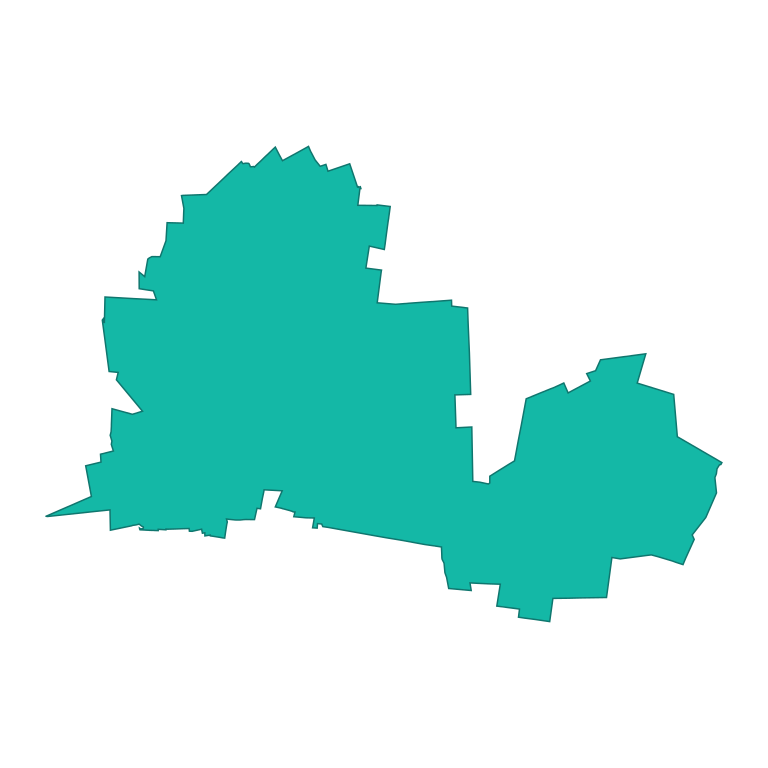 outline of Llera, Tamaulipas, Mexico
{"feature_id": "50627088B23669554606070", "entity_name": "Llera", "entity_type": "district", "adm_level": 2, "iso_a3": "MEX", "parent_name": "Mexico", "parent_adm1": "Tamaulipas", "projection": "mercator", "projection_center": [-98.912, 23.298], "detail": "fine", "context": "isolated", "style": "filled", "palette": "teal", "viewbox_px": 768, "rotation_deg": 0, "n_neighbors": 0, "source": "geoboundaries", "source_scale": "gbopen_adm2", "svg_char_len": 4240}
<svg xmlns="http://www.w3.org/2000/svg" viewBox="0 0 768 768"><path d="M46.1,516.3L47.5,516.5L95.4,511.4L110.0,509.9L110.4,530.2L131.6,525.8L132.4,525.5L132.5,525.4L136.1,524.9L136.3,524.8L137.7,524.5L138.0,524.4L138.5,524.3L138.7,524.2L138.9,524.1L139.8,524.5L140.2,525.0L141.8,526.2L143.3,526.9L143.4,528.0L143.1,528.5L141.2,528.9L140.6,528.9L139.5,528.1L139.6,528.8L140.0,529.8L144.2,530.0L147.5,530.2L148.3,530.2L149.1,530.3L149.4,530.3L152.2,530.4L153.5,530.4L154.7,530.5L158.2,530.6L158.2,529.3L165.9,529.8L165.9,529.1L166.2,529.1L166.9,529.1L167.0,529.2L174.8,529.0L182.4,528.7L189.1,528.5L189.4,531.2L192.2,531.3L201.6,529.2L202.4,533.2L204.8,532.8L204.9,535.9L210.3,535.1L210.3,535.9L212.6,536.2L218.9,537.2L222.8,537.9L224.7,538.1L225.6,531.8L226.7,524.8L226.9,523.7L227.3,522.0L226.5,519.0L229.6,519.4L234.8,519.9L236.2,520.0L240.0,520.0L243.8,519.6L245.8,519.5L254.5,519.6L257.0,508.3L260.5,508.8L262.4,498.4L263.7,492.2L264.1,489.8L282.2,490.8L278.1,500.3L277.5,501.8L277.2,502.4L275.3,506.9L280.8,508.1L281.3,508.3L281.8,508.3L282.3,508.6L284.4,509.1L289.1,510.4L289.6,510.5L290.1,510.7L292.1,511.3L293.2,511.9L295.0,512.0L293.8,516.7L305.9,517.8L314.3,518.0L312.6,527.8L317.2,528.1L317.5,523.6L321.7,524.0L322.8,526.6L328.2,527.4L339.9,529.5L375.1,535.8L385.9,537.7L399.4,539.9L424.7,544.5L426.8,544.8L433.7,545.8L434.8,545.9L436.1,546.2L436.4,546.2L441.0,546.9L441.5,547.0L441.5,548.1L441.7,552.1L441.9,558.0L442.1,559.2L442.4,559.9L443.6,562.2L443.9,562.9L444.1,563.6L444.9,572.4L445.1,573.2L446.6,577.4L448.7,588.5L471.2,590.5L470.0,582.9L477.4,583.3L488.2,583.8L490.5,583.9L500.3,584.2L496.8,606.1L518.3,608.9L519.5,609.1L518.5,617.2L521.9,617.7L524.6,618.1L535.5,619.5L549.7,621.6L552.9,598.4L568.3,598.2L580.7,597.9L606.5,597.5L611.9,557.5L620.2,558.9L646.3,555.5L651.3,554.9L658.0,556.7L672.4,561.0L675.9,562.3L683.0,564.6L685.5,558.6L694.2,539.4L692.2,534.9L705.8,517.5L716.5,492.9L714.9,477.6L716.4,473.7L717.0,468.8L719.4,464.9L720.9,464.5L721.9,462.6L677.3,436.7L677.3,436.3L676.3,424.6L673.7,394.4L637.2,383.1L645.8,353.8L600.5,359.8L595.6,370.7L586.7,373.6L590.4,381.0L568.1,392.9L563.8,383.0L558.9,385.3L553.1,387.9L550.9,388.7L540.3,393.0L526.2,398.8L525.5,402.6L521.4,424.6L518.3,440.5L515.9,453.5L514.5,460.9L508.5,464.5L503.4,467.7L499.0,470.4L495.2,472.8L489.8,476.2L489.8,483.0L488.4,484.0L481.8,482.6L480.0,482.2L472.8,481.4L471.8,427.0L456.0,427.8L455.8,421.9L454.9,394.9L470.7,394.4L470.1,375.2L469.4,353.0L468.1,322.7L467.6,308.0L465.0,307.7L464.6,307.6L461.3,307.2L460.4,307.1L458.5,306.9L451.7,306.1L451.5,300.2L439.1,301.1L432.6,301.6L432.0,301.6L420.5,302.4L412.3,303.0L408.3,303.3L406.5,303.5L404.4,303.6L402.1,303.8L395.6,304.3L377.2,302.8L381.2,271.7L381.5,270.1L365.9,268.1L366.3,265.3L369.3,246.1L376.0,247.6L384.3,249.5L385.1,244.2L386.4,234.1L388.2,220.9L388.6,218.7L388.8,216.9L389.5,211.9L390.2,206.5L377.1,204.9L377.0,205.5L357.8,205.3L359.9,188.8L360.9,188.6L360.3,186.7L358.5,187.3L358.3,186.7L357.5,187.0L357.1,185.8L352.2,171.2L349.7,163.8L328.0,171.2L325.9,164.4L320.2,166.3L315.1,159.9L311.2,152.4L310.8,151.8L308.5,146.4L307.1,147.2L297.9,152.3L282.5,160.7L279.2,154.7L275.3,147.1L272.6,149.6L271.8,150.4L267.2,154.8L266.3,155.6L263.9,157.9L262.2,159.6L259.9,161.8L257.1,164.4L254.5,167.0L254.3,167.1L253.9,166.6L253.5,166.5L253.0,166.6L250.9,166.8L250.6,166.7L250.4,166.7L249.3,164.2L249.0,163.7L248.6,163.4L248.2,163.3L246.1,163.2L245.8,163.2L245.4,163.2L243.8,163.5L243.3,163.6L243.2,163.6L242.8,163.5L242.7,163.5L242.6,163.4L242.4,163.2L241.9,162.2L241.4,161.5L241.0,161.8L240.7,162.2L240.1,162.8L239.5,163.3L238.0,164.8L233.4,169.1L227.7,174.4L222.7,179.2L206.5,194.5L182.9,195.4L181.5,195.6L183.9,208.5L183.7,212.4L183.3,223.1L167.1,222.7L166.0,240.7L160.2,256.7L151.9,256.6L149.2,258.0L147.8,259.1L144.7,276.6L139.1,272.0L139.2,288.7L153.4,290.9L156.5,299.8L133.3,298.6L105.0,297.0L104.4,322.4L103.7,322.3L103.9,318.0L102.3,320.1L104.6,337.2L109.1,371.5L112.1,371.8L118.2,372.4L116.4,379.8L116.5,379.9L142.5,411.2L132.4,414.3L118.9,410.6L112.0,408.7L111.4,424.6L111.4,426.2L111.1,431.7L110.2,435.3L111.9,441.1L111.3,444.4L113.4,451.0L100.5,454.2L101.0,462.1L85.7,465.8L89.7,487.3L91.4,496.5L46.1,516.2L46.1,516.3Z" fill="#14b8a6" stroke="#0f766e" stroke-width="1.5"/></svg>